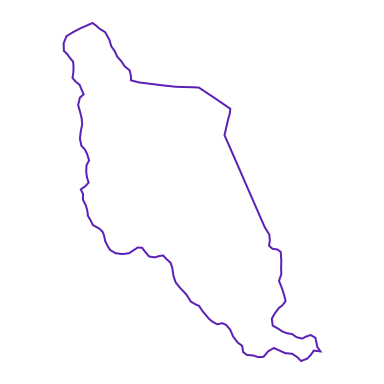 Varzedo, Bahia, Brazil (Natural Earth projection)
{"feature_id": "56859067B79843241756846", "entity_name": "Varzedo", "entity_type": "district", "adm_level": 2, "iso_a3": "BRA", "parent_name": "Brazil", "parent_adm1": "Bahia", "projection": "natural_earth1", "projection_center": [-39.391, -12.955], "detail": "fine", "context": "isolated", "style": "outline", "palette": "violet", "viewbox_px": 384, "rotation_deg": 0, "n_neighbors": 0, "source": "geoboundaries", "source_scale": "gbopen_adm2", "svg_char_len": 1870}
<svg xmlns="http://www.w3.org/2000/svg" viewBox="0 0 384 384"><path d="M66.5,36.1L63.6,43.4L63.9,50.9L67.3,54.2L69.8,57.8L73.1,61.7L73.5,66.5L73.4,72.3L72.5,77.9L75.5,81.5L79.6,84.8L81.7,89.9L83.7,94.3L79.9,97.6L78.1,105.1L80.1,111.9L81.7,118.5L82.2,124.4L80.8,131.2L79.9,138.5L81.4,145.8L84.9,149.5L87.0,153.7L89.1,160.4L86.5,165.2L86.2,172.0L87.1,177.8L88.6,182.6L85.3,186.2L80.8,189.4L83.0,194.0L83.0,199.8L85.9,205.6L87.4,211.1L87.9,215.9L90.3,219.8L92.9,225.1L99.5,228.7L102.8,232.1L104.3,236.5L105.1,240.9L107.8,246.3L110.1,250.0L115.5,253.2L122.5,254.1L129.1,253.2L133.3,250.4L137.8,247.5L142.1,247.8L145.2,251.9L149.1,256.5L154.8,257.4L159.3,256.0L163.2,255.5L166.1,258.7L170.6,262.8L172.3,268.1L173.5,276.0L175.6,282.3L178.5,286.0L182.0,289.9L186.5,294.7L190.8,301.6L195.4,304.3L199.1,305.9L202.5,311.1L206.1,315.3L209.1,319.0L212.8,321.9L217.3,324.3L222.3,323.2L226.0,324.8L230.1,329.5L233.2,336.6L237.5,342.4L242.1,345.8L243.3,352.3L247.2,355.0L253.3,355.5L258.2,357.1L263.4,356.9L268.3,351.2L273.9,348.0L279.7,350.6L285.0,353.1L292.3,353.8L297.3,357.2L301.1,361.0L307.3,358.6L310.9,354.8L313.8,350.6L320.4,351.4L317.2,346.8L316.4,342.4L315.4,337.8L310.6,335.0L305.9,336.6L302.3,338.6L296.6,337.2L292.0,334.0L286.7,333.2L282.4,331.5L278.0,328.6L272.7,325.6L271.8,318.7L274.9,313.2L279.1,307.7L282.3,305.5L285.6,301.0L284.0,294.7L281.9,288.1L279.0,280.9L281.3,274.1L281.1,267.7L281.3,260.3L280.7,251.9L277.4,249.5L272.5,248.8L269.0,245.7L269.8,240.9L269.4,234.8L264.8,227.3L260.1,216.7L229.9,147.4L227.0,140.9L224.5,135.1L228.0,119.9L229.7,114.1L230.3,108.8L214.9,98.2L198.9,87.6L194.2,87.3L176.0,86.8L163.0,85.4L143.0,82.9L139.1,82.5L131.0,80.3L130.9,75.7L129.6,70.3L124.8,66.5L121.3,61.2L117.2,56.6L114.7,51.1L111.3,46.3L109.4,39.8L105.1,32.1L99.5,28.7L96.6,26.0L92.5,23.0L80.9,28.1L73.7,31.8L66.5,36.1Z" fill="none" stroke="#5b21b6" stroke-width="2"/></svg>